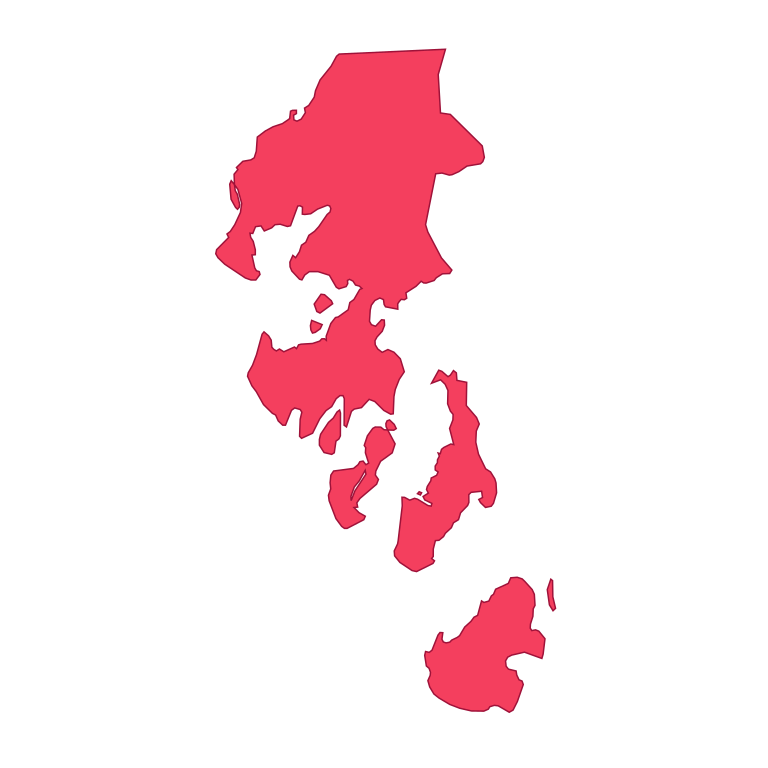 Cururupu, Brazil (Equal Earth projection), rotated 178°
{"feature_id": "56859067B43503002903700", "entity_name": "Cururupu", "entity_type": "district", "adm_level": 2, "iso_a3": "BRA", "parent_name": "Brazil", "parent_adm1": "", "projection": "equal_earth", "projection_center": [-44.811, -1.604], "detail": "fine", "context": "isolated", "style": "filled", "palette": "rose", "viewbox_px": 768, "rotation_deg": 178, "n_neighbors": 0, "source": "geoboundaries", "source_scale": "gbopen_adm2", "svg_char_len": 6156}
<svg xmlns="http://www.w3.org/2000/svg" viewBox="0 0 768 768"><g transform="rotate(178 384 384)"><path d="M526.5,588.5L523.2,583.5L519.9,569.4L521.5,560.4L527.6,548.4L532.3,541.8L535.7,539.4L534.1,535.9L546.6,524.1L547.6,520.0L545.5,516.0L539.0,509.3L518.9,494.8L513.3,492.6L508.5,492.4L504.1,497.8L504.8,500.7L507.5,501.6L509.1,504.5L511.5,517.5L508.1,517.7L507.9,522.6L509.7,531.1L512.1,535.2L512.7,539.4L509.9,539.0L506.9,545.7L501.4,546.3L498.3,541.1L490.8,544.0L487.4,547.0L482.2,547.3L475.1,544.8L471.9,545.4L464.0,564.8L461.7,565.1L459.3,563.6L459.7,556.6L457.3,556.2L451.3,556.7L444.3,561.1L434.5,564.6L432.1,563.9L431.0,561.2L431.9,557.8L434.9,555.4L443.7,543.5L448.1,539.0L453.9,535.2L457.2,528.4L461.6,525.6L463.9,519.1L467.9,513.3L470.6,515.7L473.8,509.1L473.8,504.4L472.2,500.2L464.8,491.7L462.4,490.9L459.4,495.7L454.7,498.9L446.0,498.6L434.8,494.6L428.3,482.4L425.7,480.7L418.4,482.7L416.7,485.6L416.9,488.8L414.8,489.8L411.4,487.9L409.0,483.9L405.2,482.7L402.7,480.2L404.9,479.4L411.1,469.5L415.3,466.6L417.2,459.4L427.5,452.6L430.2,452.1L435.0,446.4L440.1,433.8L440.1,429.7L442.0,431.3L444.6,431.3L446.8,429.1L454.0,427.0L465.5,426.7L468.0,426.1L470.2,422.4L472.2,424.1L483.0,419.7L487.3,422.6L490.4,420.8L493.0,422.5L494.8,424.7L495.2,431.8L497.7,436.2L502.1,440.3L504.1,438.0L510.4,417.7L514.7,407.4L519.3,399.9L520.1,396.5L516.1,386.8L511.9,380.8L505.1,367.6L496.6,358.6L493.4,356.8L491.0,350.8L486.7,346.4L483.9,346.3L477.4,360.9L474.1,363.2L468.6,361.4L467.1,358.7L469.0,351.7L470.2,334.7L468.3,332.6L457.1,337.3L449.4,351.5L442.8,359.5L437.1,363.2L432.3,371.0L428.5,373.9L425.4,373.8L424.2,370.8L425.3,344.2L423.0,342.4L417.5,357.8L414.6,360.0L407.3,361.2L399.4,369.2L393.8,366.8L385.1,357.6L378.4,353.6L375.8,353.9L374.5,371.1L372.9,378.2L368.6,388.1L363.3,395.5L366.8,408.6L372.9,415.4L378.9,418.3L384.7,415.7L389.0,419.2L391.4,423.5L391.5,427.6L389.3,431.3L383.9,436.8L381.4,442.7L381.5,447.9L384.2,448.3L390.4,442.0L394.5,443.7L396.3,447.2L395.2,458.3L393.9,463.2L390.2,467.8L385.2,470.1L381.6,468.4L381.1,463.5L379.8,461.1L367.6,458.3L367.5,463.7L365.8,466.0L363.9,468.0L360.7,467.5L358.3,468.9L358.9,474.4L348.6,480.5L343.3,485.4L340.8,483.6L338.3,483.4L330.3,485.7L328.0,488.4L321.7,492.1L314.5,492.1L312.2,495.5L322.2,508.0L334.9,534.4L336.9,541.8L325.0,592.3L318.7,592.8L311.5,590.5L308.7,590.8L301.8,593.6L293.4,598.9L279.8,600.7L277.5,602.8L275.8,607.0L277.5,618.5L308.3,651.1L318.1,652.9L319.0,691.4L310.9,716.4L417.3,715.3L420.0,713.2L425.8,703.4L437.2,690.2L442.2,679.6L443.7,673.1L449.5,665.0L453.8,662.5L453.1,657.9L457.5,651.6L461.8,649.7L464.8,651.1L465.0,655.8L462.1,657.3L462.0,660.6L465.9,660.7L467.9,659.9L469.0,652.6L471.1,651.1L476.6,647.7L485.8,645.0L493.8,641.0L502.0,635.2L503.5,621.1L505.8,614.6L509.3,612.6L517.3,611.5L523.9,605.5L522.5,603.4L526.5,598.9L526.5,588.5ZM281.1,58.4L270.3,51.6L266.4,53.6L261.8,62.0L255.3,78.8L256.4,82.3L259.4,83.7L261.5,88.6L262.0,92.6L269.6,94.7L271.8,97.7L272.2,103.0L269.9,106.7L265.8,108.6L253.0,111.1L235.8,104.2L234.4,108.5L232.0,123.8L237.9,131.6L241.1,133.0L244.9,132.4L246.4,134.9L246.0,139.0L243.3,146.6L242.7,154.1L240.8,157.5L241.1,168.6L243.1,173.4L250.1,181.7L252.7,184.4L257.6,186.2L264.1,185.9L266.7,180.4L279.6,175.0L281.9,170.0L284.1,168.5L286.8,163.4L291.8,162.2L294.1,163.8L298.5,149.5L302.2,147.8L305.4,143.7L311.8,138.3L317.2,129.9L319.6,128.2L325.3,125.7L327.3,123.7L331.0,123.1L333.7,124.1L335.0,126.9L333.9,133.4L336.7,133.7L338.8,131.2L345.3,116.3L348.2,114.2L351.8,115.2L352.8,111.4L351.5,100.7L348.9,98.3L347.6,94.3L348.0,91.2L350.5,86.0L348.9,79.6L344.9,72.4L339.8,68.1L329.5,61.5L319.6,57.3L308.0,54.2L295.6,53.6L291.1,55.4L289.5,57.8L285.0,59.0L281.1,58.4ZM292.7,347.3L302.5,359.6L301.3,382.8L311.0,385.1L311.3,392.6L314.1,395.0L317.4,390.5L319.8,389.1L325.7,394.6L328.8,395.9L336.5,383.1L327.3,386.2L322.9,381.6L320.3,375.3L321.1,362.0L318.6,354.6L316.0,351.2L316.4,345.7L320.0,337.3L316.4,321.0L319.3,321.7L326.4,318.5L328.8,316.7L330.2,312.4L332.3,313.1L331.2,310.0L333.2,306.4L333.4,303.4L335.7,300.2L335.8,296.3L333.0,294.2L334.6,290.9L340.1,288.4L340.6,285.6L344.3,280.1L345.2,277.1L343.5,273.4L348.9,270.2L347.3,266.7L340.3,263.0L341.1,260.3L344.3,261.0L354.5,267.7L357.5,268.7L362.3,267.0L367.4,270.0L370.0,270.2L370.0,261.6L375.3,227.0L376.0,223.7L379.6,216.8L379.4,211.9L374.3,205.1L362.5,196.6L358.0,195.4L341.3,203.0L339.7,205.5L342.5,207.9L340.8,209.9L340.5,217.4L338.1,225.7L334.5,225.9L329.8,229.5L327.9,232.7L321.7,238.0L319.4,242.9L314.3,245.8L312.0,252.6L304.7,259.6L303.3,262.7L303.1,270.5L300.7,272.7L290.2,273.4L289.5,267.1L293.3,265.3L291.7,262.1L286.9,257.1L281.1,258.1L278.8,260.9L275.3,271.3L275.5,281.2L276.6,285.4L280.6,292.4L285.4,295.7L292.0,310.6L294.3,322.6L293.4,333.8L290.2,340.7L292.7,347.3ZM381.9,337.9L385.6,338.3L388.7,341.0L394.3,341.3L396.8,340.0L402.4,332.8L405.9,323.3L404.5,321.0L405.0,315.9L402.1,305.5L404.9,304.0L407.6,307.7L410.8,307.2L412.7,304.3L417.4,300.7L437.4,298.8L440.3,294.8L441.3,287.2L440.9,281.0L443.4,274.8L442.9,269.2L436.7,251.1L431.3,243.2L428.6,241.1L425.9,241.0L408.9,249.1L407.3,252.5L413.5,256.3L418.3,261.6L414.6,261.9L415.3,266.2L412.0,270.5L394.9,284.1L392.9,288.8L395.8,293.3L395.2,297.3L390.1,306.9L378.2,314.9L375.0,323.8L381.9,337.9ZM421.0,272.8L417.3,282.1L412.2,287.9L405.8,298.4L405.2,294.5L416.8,278.2L420.9,268.6L421.0,272.8ZM431.9,357.7L435.9,351.7L440.8,347.6L449.1,336.0L450.5,330.9L450.7,325.1L446.3,317.6L438.7,315.5L436.1,317.0L434.0,328.6L431.0,330.6L429.4,333.7L428.5,356.5L429.3,359.5L431.9,357.7ZM443.8,475.9L451.0,466.3L448.6,458.8L445.5,457.1L432.5,466.0L433.7,469.0L440.3,475.3L443.8,475.9ZM526.5,588.5L529.6,592.5L531.2,589.1L530.4,574.0L526.2,565.7L524.3,563.7L522.5,565.7L522.0,568.6L524.0,578.9L525.9,582.3L526.5,588.5ZM224.1,183.1L228.0,172.8L226.4,157.5L223.0,151.5L220.4,153.8L222.7,165.4L222.4,181.6L224.1,183.1ZM455.5,444.9L455.2,440.6L453.7,437.4L450.9,438.0L445.8,441.4L443.7,445.5L454.1,450.1L455.5,444.9ZM381.9,337.9L375.8,337.5L373.3,339.0L375.2,343.3L379.7,347.9L382.2,347.1L383.5,344.4L383.4,341.3L381.9,337.9ZM354.4,273.2L351.5,271.8L350.2,274.0L352.6,275.1L354.4,273.2Z" fill="#f43f5e" stroke="#9f1239" stroke-width="1.5"/></g></svg>